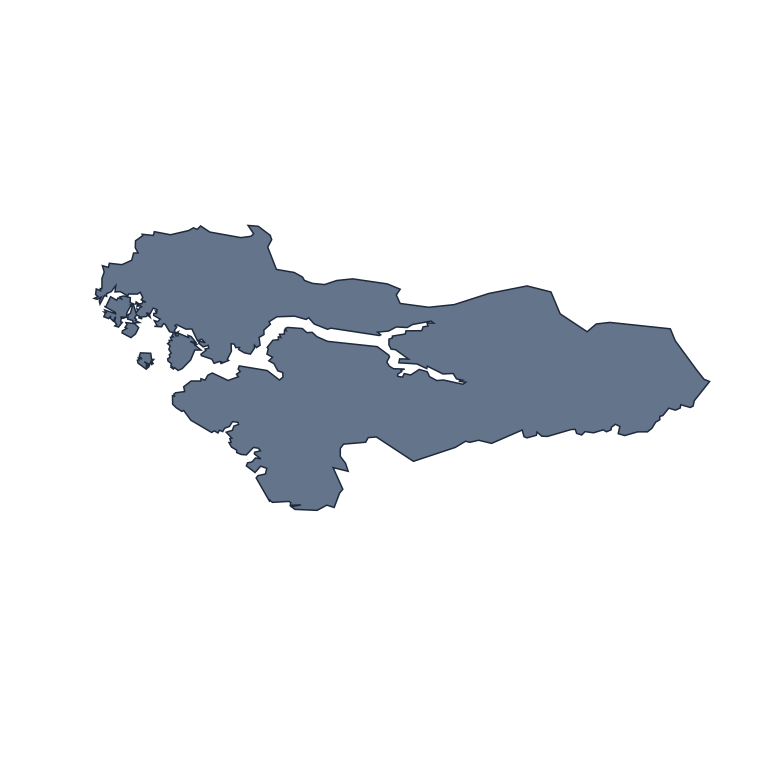 Masfjorden nor, Hordaland, Norway (Natural Earth projection), rotated 20°
{"feature_id": "86288312B50611449563949", "entity_name": "Masfjorden nor", "entity_type": "district", "adm_level": 2, "iso_a3": "NOR", "parent_name": "Norway", "parent_adm1": "Hordaland", "projection": "natural_earth1", "projection_center": [5.359, 60.846], "detail": "fine", "context": "isolated", "style": "filled", "palette": "slate", "viewbox_px": 768, "rotation_deg": 20, "n_neighbors": 0, "source": "geoboundaries", "source_scale": "gbopen_adm2", "svg_char_len": 6128}
<svg xmlns="http://www.w3.org/2000/svg" viewBox="0 0 768 768"><g transform="rotate(20 384 384)"><path d="M555.5,377.4L575.4,362.8L579.2,361.2L581.9,364.5L587.2,364.3L589.2,360.0L597.6,358.2L605.7,352.1L609.4,352.8L613.0,349.5L612.5,346.9L615.2,342.7L620.1,343.2L621.1,350.6L627.9,350.1L638.6,342.3L648.0,338.8L651.0,333.8L652.3,327.0L655.4,323.2L654.2,320.1L656.8,318.3L659.9,309.3L666.8,308.9L670.6,305.2L669.9,302.0L679.9,301.3L682.0,299.0L681.3,293.6L689.1,270.3L683.1,270.1L672.7,263.7L642.8,243.7L634.2,234.2L575.1,248.9L562.9,255.0L557.0,265.4L525.5,257.8L509.4,240.4L484.9,242.9L451.5,263.1L422.8,285.4L399.8,296.6L371.6,302.8L365.1,296.1L366.8,289.4L352.8,288.8L318.6,295.9L304.2,302.9L294.1,310.9L282.4,313.9L273.8,313.9L270.9,311.4L261.4,309.9L243.7,313.1L227.9,295.1L229.1,286.8L226.2,283.2L211.9,278.8L202.0,281.5L210.1,287.4L208.5,290.7L199.4,295.4L168.3,300.8L157.6,298.2L155.6,302.6L151.5,302.4L148.0,306.6L132.3,316.8L116.1,319.4L116.4,323.3L105.5,326.0L106.5,327.2L101.5,334.4L103.7,341.1L108.1,344.9L103.9,346.6L104.6,354.0L96.9,361.5L84.6,364.5L85.1,368.7L78.9,369.1L82.8,374.5L82.8,381.1L86.3,390.8L84.7,391.4L85.8,393.2L81.1,393.1L82.4,398.6L85.4,399.7L82.4,402.7L85.7,402.5L88.5,399.1L88.1,403.4L89.8,406.0L91.1,396.3L93.4,396.5L92.4,394.0L96.1,390.5L98.3,383.3L99.7,389.5L104.6,387.4L113.1,388.8L113.2,386.8L121.6,383.8L123.5,381.2L127.7,385.1L127.1,387.9L132.3,388.5L129.2,389.0L129.1,391.2L126.4,392.5L123.0,391.6L123.3,393.6L124.2,392.8L127.7,393.1L125.0,393.6L125.4,395.7L127.6,393.8L130.7,394.5L128.9,394.2L127.8,398.6L125.3,397.5L127.2,398.7L126.8,402.2L121.9,395.7L119.4,396.0L121.5,394.4L117.6,394.3L116.1,389.6L109.3,390.3L106.1,392.4L108.2,393.8L104.7,394.0L104.1,396.7L97.2,395.5L96.2,406.5L94.6,406.7L107.0,408.6L107.8,409.8L96.3,410.0L98.4,411.9L96.6,412.2L97.9,412.7L97.7,416.6L102.9,416.7L104.0,413.4L103.9,415.6L108.1,417.5L108.8,412.4L109.6,417.7L112.4,419.4L111.2,421.5L115.1,421.3L117.0,415.6L115.2,415.6L114.7,412.3L116.3,411.5L113.3,411.1L119.0,409.6L118.0,404.6L119.3,397.2L121.0,397.7L121.5,404.4L119.9,406.3L120.9,410.7L126.0,410.3L128.0,412.8L120.5,414.6L122.2,416.3L121.3,419.3L123.3,419.6L120.0,423.6L120.4,425.6L130.3,427.0L133.4,422.0L134.2,414.9L128.2,412.2L133.2,409.9L128.7,409.3L129.2,407.9L127.0,407.3L127.9,403.7L131.1,404.2L131.0,405.7L134.5,405.5L132.0,404.6L137.8,401.7L138.0,399.9L141.5,401.3L139.7,398.8L136.0,398.7L140.2,397.9L141.2,391.6L145.3,391.7L145.7,393.7L144.4,393.6L146.0,395.3L143.6,396.4L144.1,398.3L151.5,399.6L150.0,402.8L146.5,403.0L151.1,407.0L148.4,408.4L155.5,406.3L156.1,402.8L157.9,402.7L164.6,408.2L168.7,407.7L168.3,411.3L169.8,411.8L167.3,413.2L169.8,415.7L167.2,416.5L168.1,418.1L166.8,420.1L170.0,421.3L170.0,425.1L173.4,427.7L172.2,429.9L173.8,432.1L172.1,434.3L173.1,436.2L177.4,437.7L177.5,439.9L179.4,440.5L178.4,441.2L181.0,442.0L181.6,440.3L185.9,441.7L189.1,438.6L194.1,427.5L194.6,416.8L200.4,414.7L192.9,412.1L194.3,411.0L187.3,410.3L193.1,409.4L186.7,405.4L183.2,405.3L184.4,407.2L173.4,406.6L173.9,409.3L171.8,409.9L170.5,408.2L171.9,408.0L172.6,405.5L170.8,407.2L168.7,405.7L169.8,401.3L167.6,400.7L168.6,399.1L179.2,400.2L184.6,398.0L194.1,407.3L197.3,404.3L202.0,406.4L195.9,406.8L197.0,407.7L195.8,407.1L195.8,408.9L201.4,411.0L205.5,407.8L207.1,410.3L203.9,412.3L205.2,413.2L201.8,418.7L202.7,419.8L213.8,419.6L217.3,422.7L221.5,419.2L224.8,418.6L222.8,419.5L223.9,420.5L230.0,415.0L228.3,414.4L229.4,405.3L226.5,398.4L229.7,397.8L232.2,400.5L235.7,399.1L235.6,401.3L242.1,402.5L248.3,401.6L250.0,394.7L249.0,391.9L251.7,393.4L254.3,389.9L250.7,382.9L254.3,378.6L252.7,374.4L256.8,366.7L254.7,364.8L260.3,357.5L276.9,350.8L288.7,350.0L290.6,347.5L297.8,351.5L312.2,351.9L315.0,349.7L363.2,340.0L364.1,338.9L360.2,337.5L370.2,332.7L376.0,326.2L386.5,323.0L390.5,318.3L406.7,308.8L409.9,309.8L403.6,312.0L405.5,314.5L401.2,316.9L401.2,321.0L386.5,326.5L386.8,329.8L375.5,336.1L376.1,337.8L373.3,340.2L375.2,345.5L378.7,348.8L383.1,347.8L398.5,352.2L390.1,355.0L390.7,359.0L408.1,353.9L418.9,354.9L418.6,352.4L435.9,354.4L445.4,350.5L450.4,354.4L456.3,353.6L453.3,355.9L460.2,354.4L458.1,357.3L438.5,359.9L432.4,362.7L424.2,361.5L420.5,357.7L412.2,358.2L406.0,366.4L399.4,367.3L399.1,371.2L394.2,372.1L393.4,370.4L396.4,366.2L395.3,365.3L398.3,362.9L387.6,366.4L382.9,365.4L379.1,362.4L379.9,356.7L378.7,355.3L364.9,351.2L316.5,363.2L304.8,362.5L298.8,360.0L293.9,362.1L288.3,359.8L274.1,363.8L272.3,365.5L273.9,367.4L272.1,367.4L273.2,371.3L268.8,373.1L271.2,375.6L268.6,375.8L269.6,378.5L264.6,380.9L261.7,389.6L263.2,390.5L263.8,396.0L270.1,397.0L267.8,401.6L273.6,402.5L279.8,408.0L284.9,407.8L286.7,412.0L284.4,416.0L269.6,411.3L241.8,416.5L241.8,419.8L244.6,421.5L242.0,425.3L244.7,427.0L236.2,434.0L218.9,432.4L215.5,435.9L214.5,441.6L210.2,441.6L210.8,443.9L201.7,447.2L196.7,455.1L199.3,459.3L191.2,463.5L190.0,465.4L191.3,467.0L189.2,467.3L192.3,475.3L196.9,477.4L203.4,478.9L204.8,477.4L214.9,484.1L238.6,488.5L240.6,486.1L244.7,486.8L245.2,483.7L248.7,483.9L249.4,480.0L253.3,476.8L254.5,471.2L259.8,469.9L261.2,471.7L257.3,474.9L257.4,479.3L252.2,483.3L259.6,487.0L257.8,488.1L260.3,491.2L258.3,492.0L262.2,495.4L268.2,496.6L269.0,498.8L273.8,499.1L278.9,497.7L283.0,488.3L287.9,487.3L290.7,489.0L285.7,492.4L286.2,494.1L293.9,496.5L288.6,497.4L286.6,502.4L282.8,504.7L282.6,508.0L293.1,511.3L296.2,503.4L302.7,503.3L303.3,509.1L296.9,513.2L296.0,516.0L317.1,533.8L314.8,531.6L319.6,533.4L334.7,526.9L336.9,527.3L337.4,530.0L347.4,526.0L338.8,531.0L343.2,532.3L364.4,525.6L371.7,517.4L379.4,517.1L379.6,501.6L381.3,497.0L364.8,480.0L380.2,478.3L374.9,471.6L367.7,467.0L365.0,459.5L366.5,454.4L386.7,445.0L387.5,439.8L394.9,436.4L438.1,446.6L472.7,419.2L480.2,409.9L484.7,409.4L492.1,404.5L505.4,403.0L529.6,380.0L533.6,385.6L536.8,385.7L544.7,380.1L544.2,376.8L550.0,379.1L555.5,377.4ZM154.3,434.9L144.5,438.0L144.5,441.6L148.1,443.3L144.2,443.5L145.6,445.2L144.1,446.0L145.7,448.5L155.5,451.4L157.0,448.5L154.8,449.2L154.4,447.8L156.2,447.1L151.1,445.0L157.1,446.0L157.3,442.4L158.9,445.1L160.1,443.8L158.2,442.4L159.2,439.7L157.2,440.4L154.3,434.9Z" fill="#64748b" stroke="#1e293b" stroke-width="1.5"/></g></svg>